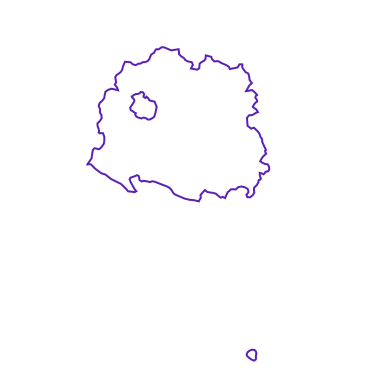 an SVG outline of North Gyeongsang, rotated 110°
{"feature_id": "KOR-2509", "entity_name": "North Gyeongsang", "entity_type": "Metropolitan City", "adm_level": 1, "iso_a3": "KOR", "parent_name": "South Korea", "parent_adm1": "", "projection": "equal_earth", "projection_center": [128.783, 36.538], "detail": "fine", "context": "isolated", "style": "outline", "palette": "violet", "viewbox_px": 384, "rotation_deg": 110, "n_neighbors": 0, "source": "natural_earth", "source_scale": "10m", "svg_char_len": 3843}
<svg xmlns="http://www.w3.org/2000/svg" viewBox="0 0 384 384"><g transform="rotate(110 192 192)"><path d="M198.5,182.4L198.5,182.6L199.0,187.2L200.2,192.0L200.7,196.8L200.2,206.7L199.6,208.8L196.9,212.3L195.9,214.3L195.4,216.6L195.1,230.7L195.4,232.6L195.9,233.7L196.5,234.1L197.0,234.7L197.5,238.7L198.2,241.7L198.9,242.2L199.3,242.9L199.0,244.7L198.3,245.7L197.4,246.2L196.5,246.5L195.1,247.8L195.0,249.4L196.8,251.3L198.2,252.9L199.6,254.7L201.4,255.0L203.6,253.1L209.2,246.6L210.3,244.6L211.8,245.9L212.1,247.9L212.7,250.0L213.2,252.3L211.8,254.6L208.7,261.4L208.4,264.4L207.5,272.4L205.2,279.4L205.4,283.7L203.1,291.3L201.3,294.9L200.6,296.8L201.3,298.9L202.0,299.7L201.9,299.8L194.9,297.9L186.7,299.5L185.2,299.1L184.1,298.3L183.9,296.7L183.9,294.9L183.1,293.5L179.9,292.1L176.9,291.4L173.9,291.9L170.1,293.3L167.2,295.8L167.7,297.4L168.5,298.9L168.0,300.1L166.6,300.1L164.3,301.5L162.2,303.4L159.7,304.3L157.1,303.0L153.7,302.1L150.5,303.5L149.5,304.9L148.3,306.0L147.0,306.2L145.7,306.7L142.9,309.2L139.6,309.1L136.8,307.5L133.9,306.6L130.6,307.2L127.4,307.6L124.6,305.7L122.4,302.8L121.7,296.3L119.6,298.0L117.5,301.3L115.0,300.8L110.3,303.4L107.8,302.9L105.5,301.1L103.1,299.8L100.6,299.4L97.9,299.8L92.5,299.5L91.1,294.1L92.2,291.5L92.2,288.7L91.0,287.2L89.7,286.3L89.4,285.3L88.9,284.2L86.9,282.7L85.8,280.3L84.1,278.4L81.8,277.5L79.3,277.6L76.8,277.3L75.4,276.3L74.2,275.3L71.5,275.0L70.8,274.8L70.1,274.4L69.7,273.5L69.7,272.6L68.9,271.8L68.0,271.2L66.3,270.0L65.6,267.4L66.0,260.0L62.4,253.4L64.6,252.3L66.8,251.5L68.2,248.6L68.9,245.6L69.6,244.3L70.4,243.2L70.6,241.3L70.6,239.7L70.1,236.6L72.3,234.6L74.4,235.0L76.3,235.2L75.3,229.1L73.3,227.5L68.8,228.7L67.1,227.8L64.6,225.6L62.5,224.8L58.9,225.7L58.4,220.2L60.4,218.4L61.7,215.7L60.7,213.9L60.1,211.8L60.7,209.1L61.1,202.7L61.9,200.0L63.5,198.4L59.3,191.7L55.8,191.1L54.8,188.4L56.1,187.8L57.4,187.6L58.7,186.1L60.7,183.3L61.2,182.1L61.2,181.0L61.4,179.6L64.1,177.7L67.2,176.1L69.1,173.1L72.5,174.6L78.7,175.7L77.4,173.1L75.7,170.8L76.3,168.4L77.5,165.9L78.5,164.0L79.9,164.9L81.7,164.8L83.1,162.7L84.6,161.7L86.0,162.7L88.7,163.7L91.3,163.9L91.9,162.0L92.3,160.2L93.3,158.6L94.4,157.4L95.5,158.8L97.0,159.9L99.1,161.8L100.4,164.6L103.5,165.7L110.9,162.4L112.2,157.9L111.0,156.7L110.4,155.6L111.5,153.4L112.4,151.2L114.4,148.3L117.1,146.3L117.8,144.8L118.9,143.9L120.8,143.3L122.2,141.8L124.4,139.8L126.5,137.5L127.3,136.9L128.4,137.4L129.6,136.6L130.6,135.4L132.9,136.6L135.0,137.6L137.7,138.2L139.9,138.4L140.4,135.9L140.7,133.3L140.1,130.4L141.7,128.4L144.1,127.2L146.5,127.4L147.7,129.7L149.4,130.1L150.9,130.9L150.7,132.9L150.9,134.9L153.5,133.8L156.0,131.8L157.1,132.2L157.8,133.3L158.8,133.4L160.0,132.9L163.4,133.5L166.6,135.1L168.9,134.5L171.3,133.2L174.3,133.9L177.1,135.6L177.9,138.3L175.8,140.0L173.3,138.9L171.6,139.5L170.1,140.7L169.5,143.6L169.9,147.4L171.7,150.3L174.6,151.7L175.3,154.2L176.1,156.3L178.1,157.2L180.0,158.4L186.4,158.9L186.1,161.5L186.8,162.3L187.5,163.1L186.6,166.0L185.4,169.1L185.7,172.4L186.4,175.3L186.7,177.8L185.8,180.6L191.8,183.0L194.7,181.7L197.6,182.4L198.5,182.4ZM138.6,271.9L140.0,270.4L140.4,268.5L140.4,266.6L140.2,264.7L139.3,263.8L138.5,262.7L138.5,259.7L138.9,259.0L139.0,258.0L137.9,255.9L134.3,253.2L129.7,253.5L124.1,254.3L119.9,258.0L120.5,263.3L118.9,265.1L118.0,267.4L118.8,267.5L119.6,267.8L119.4,269.0L119.1,270.1L117.6,270.4L116.3,270.4L115.1,272.2L115.6,274.4L117.0,274.9L118.3,276.3L119.3,278.5L120.9,279.8L122.0,280.6L122.8,281.3L123.5,280.7L124.7,278.3L126.0,277.3L128.8,277.6L133.9,279.0L135.9,277.7L136.2,276.6L136.2,275.9L137.0,273.5L137.1,272.5L137.1,271.8L137.9,271.7L138.6,271.9ZM327.6,74.8L329.2,76.0L329.1,78.9L328.1,82.2L327.1,84.4L325.5,85.2L323.2,84.8L321.1,83.4L319.6,81.6L319.1,79.3L319.9,77.5L321.4,76.4L324.5,75.8L326.6,75.0L327.6,74.8Z" fill="none" stroke="#5b21b6" stroke-width="2"/></g></svg>